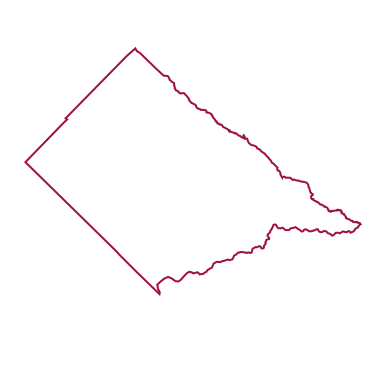 Shasta, California, United States of America (Albers equal-area conic projection), rotated 225°
{"feature_id": "52423323B16590015395010", "entity_name": "Shasta", "entity_type": "district", "adm_level": 2, "iso_a3": "USA", "parent_name": "United States of America", "parent_adm1": "California", "projection": "albers", "projection_center": [-122.484, 40.735], "detail": "fine", "context": "isolated", "style": "outline", "palette": "rose", "viewbox_px": 384, "rotation_deg": 225, "n_neighbors": 0, "source": "geoboundaries", "source_scale": "gbopen_adm2", "svg_char_len": 5851}
<svg xmlns="http://www.w3.org/2000/svg" viewBox="0 0 384 384"><g transform="rotate(225 192 192)"><path d="M305.9,253.8L327.4,253.5L330.6,252.6L333.6,253.5L334.3,242.3L333.5,158.5L333.6,154.8L331.6,155.0L331.7,148.7L330.9,95.3L202.9,96.6L199.4,96.3L175.7,96.3L142.8,96.8L143.8,98.2L147.5,99.5L151.0,101.9L150.9,106.5L150.3,111.4L148.8,115.1L145.1,116.6L140.8,117.2L138.4,119.0L137.8,122.1L138.1,126.6L138.2,131.4L137.4,133.8L135.4,135.0L133.6,135.3L132.4,137.3L131.4,139.1L128.9,139.4L128.5,139.1L126.2,141.9L126.2,142.9L125.9,144.4L125.3,146.0L125.6,146.8L125.8,148.3L125.3,149.1L125.1,150.8L124.4,152.7L126.1,156.6L125.6,158.3L125.4,159.5L125.1,160.1L124.5,160.8L123.2,161.7L122.1,162.7L122.1,163.5L121.6,164.8L120.8,165.6L120.1,167.2L119.0,169.4L117.2,170.5L115.8,173.0L116.4,174.8L117.2,176.5L117.1,177.7L116.5,179.1L116.6,181.8L115.7,182.6L115.4,183.2L115.4,183.6L113.8,185.3L112.8,186.0L112.1,186.3L111.5,187.0L110.5,187.3L110.0,188.0L109.9,188.4L108.9,189.6L108.0,189.9L107.0,191.2L107.7,192.6L108.6,193.9L109.0,194.9L108.6,195.9L108.2,197.9L107.0,198.9L106.2,201.3L105.4,201.7L104.1,201.7L103.5,201.3L102.7,201.5L102.2,201.8L101.7,203.0L102.0,203.7L103.0,204.6L103.1,205.9L103.3,207.5L104.4,208.1L104.6,208.7L104.5,209.1L105.5,210.5L105.2,211.7L104.6,212.6L104.2,213.3L105.2,214.1L107.5,214.3L108.5,215.7L108.3,216.9L108.3,218.7L109.0,219.6L109.2,220.9L109.6,222.2L109.7,223.1L110.0,223.6L110.6,225.3L111.1,226.3L110.5,227.7L109.3,228.1L107.1,227.5L105.4,227.4L103.5,229.0L103.1,230.5L101.4,231.1L100.1,231.0L99.0,231.2L97.9,232.3L96.5,233.7L96.6,235.9L94.8,238.6L94.0,240.3L91.6,240.7L88.2,241.5L87.1,241.5L86.1,241.9L85.7,243.3L86.1,244.6L85.2,246.0L83.5,246.7L81.5,247.0L80.0,248.4L79.6,249.3L79.3,249.5L79.1,249.9L79.1,250.3L78.3,251.4L77.6,253.7L77.3,254.2L76.6,254.6L76.0,254.3L74.2,253.9L72.3,254.7L71.5,256.1L71.2,257.8L69.0,259.1L67.0,258.9L64.6,260.1L63.3,260.1L61.9,260.3L61.4,262.1L61.5,264.8L60.1,266.3L58.1,267.5L57.9,269.0L57.3,271.0L55.6,271.9L54.3,272.8L53.7,274.5L53.7,275.1L52.8,275.5L52.2,275.4L50.9,275.5L50.5,276.8L50.0,278.0L49.9,279.4L50.5,281.6L49.7,284.2L49.8,285.1L50.1,285.4L50.2,285.9L50.1,286.4L50.3,288.1L50.1,288.4L51.2,288.7L52.7,287.9L53.2,287.3L54.2,287.5L54.8,286.7L55.3,285.9L56.0,285.6L56.4,285.1L57.0,284.8L57.5,285.1L58.5,284.9L58.9,284.3L61.2,283.9L61.4,283.8L61.6,283.6L62.7,283.4L63.0,283.1L63.7,282.7L64.4,282.7L64.8,282.4L65.2,282.8L65.7,283.3L65.9,283.4L68.0,283.4L68.3,283.6L68.7,283.5L68.9,283.5L69.0,283.9L69.4,283.9L69.6,283.7L70.1,283.4L70.2,283.2L70.6,283.0L70.9,283.1L71.6,282.9L71.8,283.4L72.3,283.7L72.3,284.0L73.0,284.3L73.3,284.1L74.1,284.3L74.3,284.1L74.2,283.9L74.5,283.7L74.5,283.4L74.8,283.4L75.1,283.5L75.3,283.2L75.7,282.9L75.8,282.8L75.8,282.3L76.0,282.2L76.3,281.9L76.4,282.2L76.6,282.3L76.7,282.1L76.7,281.8L76.9,281.6L76.9,281.4L76.8,281.2L77.0,281.1L77.1,280.7L77.5,280.4L78.2,279.2L78.8,278.5L79.2,278.3L79.3,277.8L79.9,277.3L80.0,276.9L79.9,276.6L80.1,276.6L80.3,276.7L80.5,276.5L80.4,276.2L80.8,276.1L80.9,275.7L81.1,275.7L81.4,275.4L81.7,275.3L81.9,275.4L82.1,275.6L82.6,275.6L82.9,275.5L83.1,275.7L83.2,276.0L83.6,276.1L84.2,276.2L84.6,276.4L85.5,276.4L86.2,276.1L87.2,276.0L87.5,275.5L87.9,275.3L88.1,275.5L88.6,275.2L89.7,275.1L91.5,274.8L91.9,274.3L92.4,273.9L94.2,273.9L94.8,273.8L95.7,273.9L96.1,273.7L96.4,273.3L97.6,273.2L98.4,272.8L100.3,272.2L100.6,272.4L100.9,272.8L101.2,272.9L101.4,272.6L101.3,272.3L101.6,272.0L102.1,271.8L103.6,272.0L104.0,272.6L104.8,273.2L104.7,274.0L104.7,274.9L104.6,275.3L104.8,275.8L105.2,275.8L106.5,275.5L107.2,275.6L107.6,275.5L108.4,275.6L109.0,276.2L111.1,277.1L111.9,277.9L113.3,278.0L114.9,279.4L117.4,279.7L119.2,278.7L120.9,277.7L122.3,276.4L123.9,275.9L126.3,274.1L129.0,272.7L129.1,271.9L130.8,271.5L132.2,271.8L135.0,269.3L135.7,268.4L137.4,268.3L138.8,266.5L138.5,266.1L141.5,266.7L143.2,268.1L145.4,268.6L146.6,267.8L148.1,268.5L148.8,269.7L150.8,269.6L154.2,269.7L156.4,269.2L158.4,270.0L160.5,270.0L162.9,270.3L165.4,270.2L167.7,270.6L169.7,270.0L171.7,269.8L174.8,269.9L176.6,268.9L178.3,269.6L181.0,268.7L183.2,267.2L186.5,266.8L188.7,267.7L190.6,268.7L191.8,268.0L192.2,266.9L192.8,267.0L193.1,267.8L195.1,268.7L195.6,268.7L195.5,268.3L194.9,267.8L194.0,267.7L193.7,266.9L194.1,266.4L196.2,265.7L197.3,265.8L197.9,265.4L199.1,264.9L200.4,264.8L201.9,264.8L203.0,264.2L202.9,263.8L203.4,263.5L203.8,263.7L205.2,263.1L206.2,262.5L207.8,261.4L208.0,261.5L208.6,262.1L209.0,261.3L209.3,261.6L209.4,261.9L210.2,261.6L211.3,261.6L213.2,260.9L214.2,260.7L215.0,260.3L216.0,260.0L217.6,260.3L218.7,260.4L219.1,260.2L219.2,259.8L220.8,259.1L221.1,259.5L221.8,259.1L222.4,258.6L223.0,258.6L223.8,259.0L224.1,259.3L224.6,259.2L225.1,258.7L225.4,258.9L225.3,259.1L225.8,259.2L226.4,259.1L226.8,259.3L228.1,259.6L229.4,259.5L230.2,259.7L230.6,260.1L231.3,260.1L232.0,260.4L232.2,260.2L232.8,260.6L233.5,260.8L234.5,260.4L235.7,260.2L236.4,259.8L236.9,259.2L238.0,258.6L238.1,258.9L238.5,259.2L239.3,259.5L239.8,259.4L240.1,259.6L240.6,259.1L241.1,258.5L241.4,258.3L241.8,258.3L242.2,258.0L243.5,256.6L244.1,256.2L244.7,256.3L245.8,255.8L246.3,255.4L246.9,255.3L247.3,255.1L247.8,255.2L248.3,255.0L248.9,255.3L250.0,255.5L250.4,256.0L251.8,255.9L253.1,255.4L254.3,255.2L255.4,254.6L255.7,254.5L256.0,254.7L258.3,254.9L258.5,254.7L258.8,254.8L259.1,254.9L260.2,255.8L260.5,255.8L261.2,255.8L262.8,256.1L264.6,256.2L265.5,256.1L267.3,256.3L267.8,256.0L268.1,255.6L268.7,255.1L268.9,254.7L269.3,254.3L269.5,253.8L269.9,253.5L270.3,253.5L271.6,253.0L272.2,253.1L272.5,253.4L273.0,253.5L273.7,253.2L274.3,252.9L275.3,252.5L276.5,253.0L277.0,253.1L277.6,253.2L277.6,253.5L277.9,253.7L279.0,254.2L279.4,254.4L279.6,254.7L279.9,254.9L280.1,254.8L280.8,255.6L281.7,256.3L283.2,255.9L283.8,255.7L285.0,255.6L285.8,255.8L287.2,255.4L288.7,256.5L291.3,256.8L294.3,254.2L305.9,253.8Z" fill="none" stroke="#9f1239" stroke-width="2"/></g></svg>